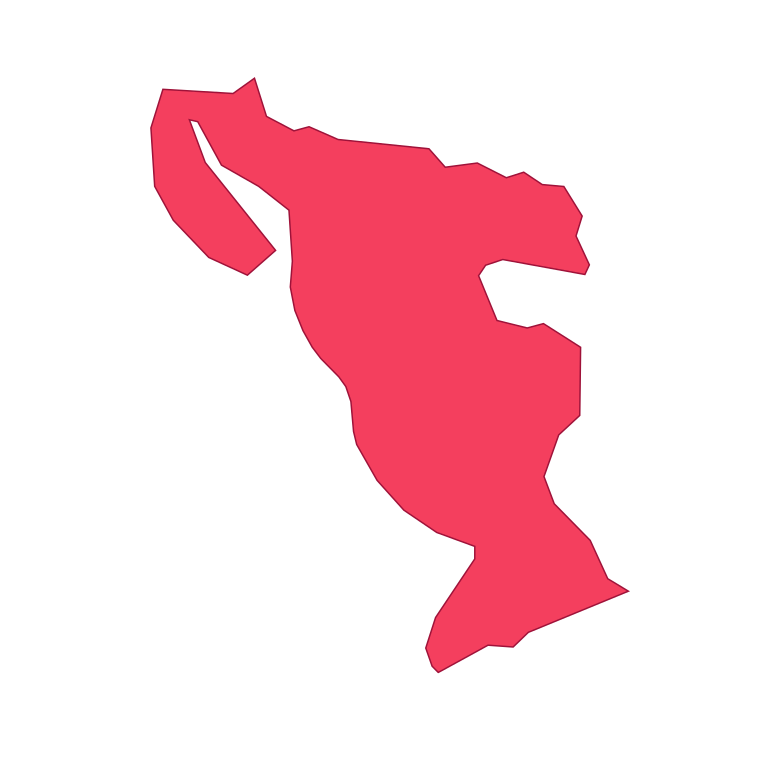 Larne, Natural Earth projection, rotated 193°
{"feature_id": "GBR-2095", "entity_name": "Larne", "entity_type": "District", "adm_level": 1, "iso_a3": "GBR", "parent_name": "United Kingdom", "parent_adm1": "", "projection": "natural_earth1", "projection_center": [-5.903, 54.904], "detail": "fine", "context": "isolated", "style": "filled", "palette": "rose", "viewbox_px": 768, "rotation_deg": 193, "n_neighbors": 0, "source": "natural_earth", "source_scale": "10m", "svg_char_len": 1010}
<svg xmlns="http://www.w3.org/2000/svg" viewBox="0 0 768 768"><g transform="rotate(193 384 384)"><path d="M266.3,115.2L273.6,119.8L283.9,136.1L281.2,168.1L256.2,234.0L259.0,246.2L299.2,251.2L336.2,265.5L369.0,288.5L397.0,318.9L403.0,330.9L412.3,359.5L420.6,372.9L429.6,380.8L451.3,394.6L462.2,403.7L474.9,417.7L487.4,435.6L497.1,457.4L500.9,483.0L515.7,532.0L550.6,548.4L591.6,560.7L624.5,597.7L633.1,597.7L608.0,559.6L519.7,489.8L541.6,459.3L583.2,467.9L626.1,496.1L651.9,525.0L668.7,581.1L665.7,621.4L596.4,633.1L579.0,652.8L558.7,618.3L528.7,610.4L514.9,617.8L483.8,611.9L393.1,623.3L373.1,609.0L342.8,620.3L311.2,612.5L295.5,621.8L274.7,613.9L253.2,616.9L228.7,592.2L230.2,571.4L210.7,546.3L212.9,535.9L296.3,532.0L311.7,522.6L316.2,510.8L288.2,471.3L257.1,470.8L242.2,478.7L200.7,464.0L186.2,397.4L202.3,373.7L207.3,329.8L191.2,305.6L147.9,278.0L122.2,244.6L99.3,237.1L187.5,174.5L199.0,156.8L223.9,152.9L263.8,117.3L266.2,115.2L266.3,115.2Z" fill="#f43f5e" stroke="#9f1239" stroke-width="1.5"/></g></svg>